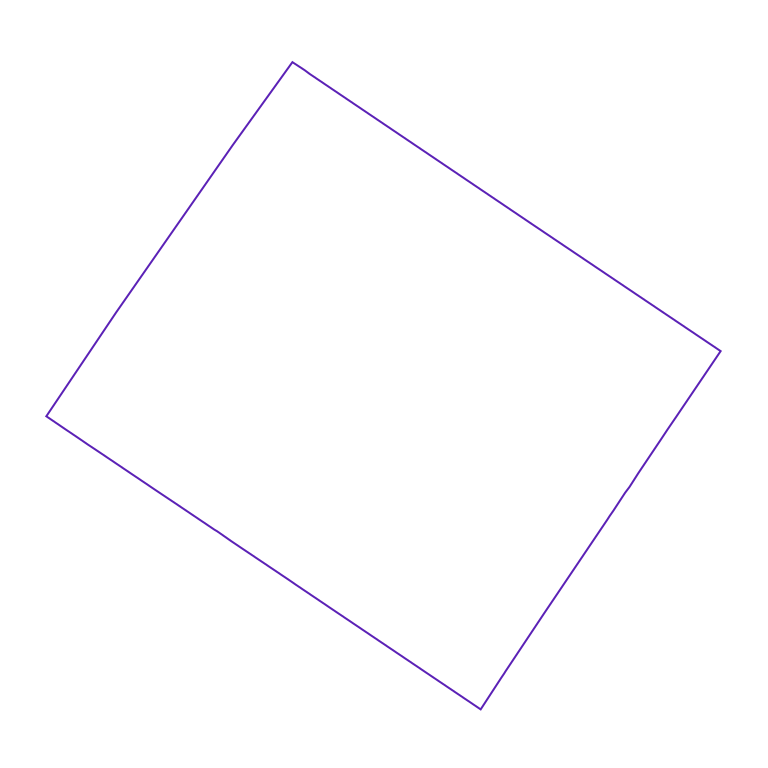 Harding, South Dakota, United States of America (Robinson projection), rotated 214°
{"feature_id": "52423323B85259623933705", "entity_name": "Harding", "entity_type": "district", "adm_level": 2, "iso_a3": "USA", "parent_name": "United States of America", "parent_adm1": "South Dakota", "projection": "robinson", "projection_center": [-103.51, 45.579], "detail": "fine", "context": "isolated", "style": "outline", "palette": "violet", "viewbox_px": 768, "rotation_deg": 214, "n_neighbors": 0, "source": "geoboundaries", "source_scale": "gbopen_adm2", "svg_char_len": 730}
<svg xmlns="http://www.w3.org/2000/svg" viewBox="0 0 768 768"><g transform="rotate(214 384 384)"><path d="M620.4,168.3L606.0,168.3L595.7,168.2L581.1,168.3L571.9,168.3L551.5,168.3L541.8,168.3L518.4,168.3L514.7,168.3L483.5,168.4L443.1,168.4L440.1,168.6L423.1,168.3L419.9,168.3L413.0,168.3L411.9,168.3L353.1,168.4L344.3,168.3L304.6,168.3L300.9,168.3L121.9,168.3L122.5,205.6L122.5,211.4L122.6,213.6L123.0,283.3L123.0,396.4L123.1,400.6L123.0,407.4L123.3,428.5L123.2,430.5L122.9,435.9L123.3,452.4L123.4,493.2L123.5,504.6L123.4,521.5L123.4,527.1L123.3,599.5L351.1,599.3L619.2,599.5L625.3,599.8L639.9,599.6L643.0,497.4L646.1,293.4L645.9,168.4L623.2,168.3L620.6,168.3L620.4,168.3Z" fill="none" stroke="#5b21b6" stroke-width="2"/></g></svg>